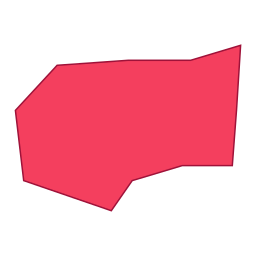 an SVG outline of Mtarfa
{"feature_id": "MLT-5922", "entity_name": "Mtarfa", "entity_type": "state/province", "adm_level": 1, "iso_a3": "MLT", "parent_name": "Malta", "parent_adm1": "", "projection": "robinson", "projection_center": [14.404, 35.886], "detail": "fine", "context": "isolated", "style": "filled", "palette": "rose", "viewbox_px": 256, "rotation_deg": 0, "n_neighbors": 0, "source": "natural_earth", "source_scale": "10m", "svg_char_len": 269}
<svg xmlns="http://www.w3.org/2000/svg" viewBox="0 0 256 256"><path d="M111.3,210.7L23.7,180.6L15.4,110.4L57.1,65.3L128.0,60.3L190.6,60.3L240.6,45.3L236.5,110.4L232.3,165.6L182.2,165.6L132.2,180.6L111.3,210.7Z" fill="#f43f5e" stroke="#9f1239" stroke-width="1.5"/></svg>